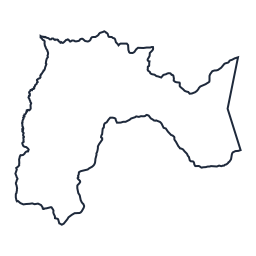 Puracé (Coconuco), Cauca, Colombia (Natural Earth projection)
{"feature_id": "7082276B15347498266609", "entity_name": "Puracé (Coconuco)", "entity_type": "district", "adm_level": 2, "iso_a3": "COL", "parent_name": "Colombia", "parent_adm1": "Cauca", "projection": "natural_earth1", "projection_center": [-76.434, 2.262], "detail": "fine", "context": "isolated", "style": "outline", "palette": "slate", "viewbox_px": 256, "rotation_deg": 0, "n_neighbors": 0, "source": "geoboundaries", "source_scale": "gbopen_adm2", "svg_char_len": 5608}
<svg xmlns="http://www.w3.org/2000/svg" viewBox="0 0 256 256"><path d="M117.0,122.7L120.7,122.6L123.2,121.8L125.6,121.8L129.6,119.8L131.1,118.5L135.1,117.2L136.2,116.4L138.9,116.9L140.9,116.2L144.0,116.3L145.3,115.9L146.2,115.1L146.8,114.9L148.7,115.6L150.8,118.4L152.9,119.6L154.0,120.5L155.5,120.7L156.1,120.4L159.9,121.9L160.6,122.5L161.5,123.5L163.6,127.8L165.8,128.5L167.9,131.6L171.1,135.0L172.6,135.5L174.2,136.9L174.4,137.6L174.3,139.1L174.6,139.9L176.0,141.9L178.4,146.3L179.5,147.5L179.9,148.3L181.6,148.7L183.1,149.5L184.4,151.2L186.5,153.3L187.2,154.2L187.7,155.6L188.9,157.0L189.8,160.4L190.9,161.3L192.9,161.4L193.5,161.8L194.1,163.0L194.3,164.4L195.1,165.9L195.6,166.1L198.6,166.0L199.5,166.3L201.4,167.6L202.0,167.6L202.8,167.3L205.9,167.1L207.4,166.6L209.7,166.5L211.0,166.1L216.9,166.5L219.1,165.6L221.0,166.1L221.7,166.1L222.9,165.6L223.9,165.7L224.9,164.8L226.4,164.4L228.1,163.0L228.5,162.2L229.3,161.8L230.9,159.5L231.1,158.9L231.8,154.7L232.2,153.3L232.8,152.4L235.4,151.1L238.3,150.9L240.6,150.1L227.6,108.7L238.0,57.3L234.6,58.4L232.0,59.8L230.1,60.4L229.5,60.8L228.9,61.9L228.1,62.6L225.2,63.4L224.3,63.9L221.2,67.7L217.9,70.0L216.4,70.4L214.4,70.5L212.3,71.2L210.2,74.1L209.5,75.9L209.5,80.6L209.3,81.7L208.5,82.4L206.3,83.7L205.8,84.1L200.3,86.5L198.9,88.0L198.3,89.2L196.9,90.9L195.2,92.2L191.9,93.5L189.6,93.7L188.3,92.0L186.5,91.6L184.6,90.8L183.3,89.4L180.4,87.0L179.7,86.0L179.8,83.2L179.5,82.6L176.2,82.2L175.1,81.8L173.7,80.6L173.9,78.5L173.4,75.8L172.6,74.9L171.6,74.9L170.7,73.6L170.2,73.3L168.6,73.2L167.3,73.5L166.1,74.2L163.4,74.9L161.2,77.5L158.0,76.4L156.4,76.1L154.6,74.7L152.0,74.2L151.1,73.8L150.4,73.3L149.8,71.9L148.1,70.7L147.6,69.7L147.8,69.2L147.8,67.3L147.9,66.6L149.0,66.0L149.2,65.4L149.2,63.0L149.5,61.4L148.7,61.3L147.8,60.5L147.6,59.9L147.7,59.3L149.6,56.0L149.8,53.0L152.3,50.5L153.0,49.4L153.1,48.4L153.0,47.1L151.9,47.0L150.2,47.5L147.0,47.5L143.4,48.0L138.0,47.8L136.2,49.3L134.5,51.8L133.6,52.5L132.5,53.0L130.0,52.9L129.2,52.3L128.4,50.0L128.1,45.1L126.8,43.6L120.6,43.6L119.9,43.9L118.5,45.3L118.0,44.4L115.9,42.2L115.1,39.3L114.4,38.4L113.0,38.0L111.7,37.0L109.0,36.9L108.5,36.5L107.6,33.7L106.7,32.9L106.2,32.8L105.7,32.1L104.2,31.3L103.1,31.9L100.0,32.9L99.0,33.8L98.6,34.7L97.5,35.7L95.4,37.0L93.4,37.0L92.0,37.2L91.1,38.1L90.4,39.8L89.8,40.5L88.6,41.3L87.6,41.5L85.1,41.0L82.7,38.9L82.0,38.7L80.5,39.1L80.0,39.5L79.4,40.5L78.7,40.9L76.6,41.3L75.1,41.3L73.9,40.6L72.4,40.5L71.8,40.6L70.6,41.5L70.0,41.5L68.4,39.6L67.7,39.4L67.1,39.9L66.2,39.9L63.9,42.2L62.9,42.9L62.2,42.8L61.7,42.4L61.4,42.5L61.2,42.2L60.4,42.7L59.7,41.6L59.0,41.5L58.1,40.5L58.1,40.0L57.4,39.6L55.8,39.7L55.2,39.5L54.9,39.9L53.8,39.3L53.3,38.6L52.9,38.5L51.7,38.6L51.1,39.3L49.7,39.3L48.5,38.2L46.1,37.6L45.7,37.1L45.1,36.9L44.5,37.2L44.1,36.9L43.6,37.0L43.2,36.7L41.4,36.5L40.6,36.0L40.6,37.5L41.3,37.9L42.8,39.8L44.2,40.6L44.5,41.0L44.7,41.8L44.5,43.1L44.9,45.7L45.6,47.0L45.7,47.6L46.3,48.9L47.3,50.3L47.4,51.2L47.7,51.6L48.1,53.1L47.9,54.7L47.5,55.6L47.9,57.1L46.8,58.6L46.2,60.7L45.8,63.4L46.4,64.1L45.2,67.2L44.9,68.7L44.3,70.1L43.5,70.5L43.5,71.2L42.5,72.4L41.8,73.7L40.8,74.5L40.8,75.2L40.3,75.7L40.5,77.2L39.8,78.2L38.4,78.7L37.0,79.8L36.9,80.1L37.7,82.0L37.0,82.4L36.7,83.8L35.1,85.2L34.8,86.6L33.9,87.3L34.2,88.5L33.5,89.0L32.3,89.1L32.0,90.2L30.6,90.0L30.3,90.8L29.1,92.2L29.2,93.0L29.8,93.6L29.9,95.1L29.7,95.6L29.3,95.4L29.0,95.7L28.5,97.6L29.4,98.9L29.5,99.6L30.3,101.2L30.3,101.9L31.2,103.2L30.5,105.1L30.7,108.4L30.2,109.5L29.2,110.3L28.3,109.9L27.9,110.2L27.3,110.0L26.8,110.3L27.2,111.1L27.1,111.5L26.8,111.8L26.4,111.8L25.9,113.4L25.2,114.3L24.4,114.5L24.4,115.2L23.9,115.7L24.3,116.0L24.5,116.6L23.2,117.5L23.6,118.6L22.9,119.8L22.5,121.0L22.5,122.4L22.2,122.5L22.0,123.1L22.3,123.8L22.4,126.2L22.8,126.7L23.3,128.4L23.2,129.0L22.7,128.1L22.2,129.1L22.4,129.9L22.3,131.4L23.6,132.9L23.6,133.5L23.2,134.1L23.1,135.4L24.0,136.9L23.9,137.2L23.4,137.4L23.3,137.8L23.6,140.0L23.4,140.9L23.7,141.8L22.4,142.8L22.3,143.5L23.1,145.7L24.3,146.7L26.3,147.1L28.2,148.8L28.7,149.7L28.2,150.6L28.1,151.4L27.7,151.5L27.1,151.3L26.0,151.8L25.0,152.8L24.6,153.6L23.2,154.9L21.5,155.3L20.7,155.1L20.4,155.3L19.8,156.6L19.4,158.6L19.1,159.2L19.3,163.2L19.1,164.1L19.2,165.3L18.1,166.6L16.2,168.0L16.8,169.5L15.4,173.6L16.4,176.1L16.7,177.2L17.5,178.6L17.4,179.2L16.9,179.8L16.3,182.0L15.9,182.8L15.9,183.8L16.5,185.3L17.1,188.5L16.9,188.9L16.9,190.7L16.5,192.2L16.6,192.8L15.9,193.9L15.8,194.7L15.8,197.4L16.5,200.5L17.0,201.3L17.4,201.0L18.1,201.1L20.4,203.1L23.4,204.4L26.2,204.0L29.7,203.8L32.2,203.4L34.6,204.2L38.0,203.6L41.1,205.1L42.6,207.4L42.8,208.7L43.3,209.0L43.8,209.0L44.0,208.6L46.6,208.3L50.8,207.2L51.5,207.3L53.1,209.7L53.5,210.7L53.3,212.1L53.4,212.8L53.7,213.8L54.9,216.3L55.0,218.2L57.2,218.7L58.1,219.2L59.3,223.4L60.6,223.9L61.2,224.4L61.8,224.7L63.7,223.7L67.3,219.3L68.5,217.3L71.7,214.9L74.6,213.2L79.5,213.0L80.6,212.5L81.7,211.3L83.6,208.0L84.1,206.5L84.1,205.8L83.3,203.9L82.8,203.6L81.7,202.2L80.7,200.1L79.7,195.3L78.3,193.1L77.3,188.2L77.3,185.7L77.6,185.1L79.3,183.4L80.2,181.9L79.9,180.8L78.1,179.0L77.6,178.1L78.4,177.1L78.0,175.9L78.7,174.6L78.9,172.5L79.2,172.0L81.0,171.1L87.7,169.5L89.2,168.3L92.0,166.8L93.3,165.7L94.2,164.6L95.0,162.8L95.3,160.6L95.4,159.0L96.5,154.8L96.4,153.4L97.1,152.0L97.6,150.0L97.9,148.0L97.9,146.4L99.1,144.1L102.2,139.7L102.2,138.2L101.1,137.4L101.1,136.6L101.5,135.2L102.1,134.3L102.7,128.8L103.2,128.0L103.8,127.6L104.0,125.0L104.5,123.7L104.8,123.3L106.7,122.3L108.5,119.6L110.2,117.7L112.9,117.7L114.6,118.1L115.5,118.7L115.9,120.4L117.0,122.7Z" fill="none" stroke="#1e293b" stroke-width="2"/></svg>